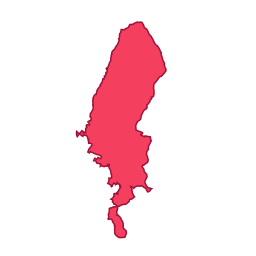 Sieut, Bistrita-Nasaud, Romania (Mercator projection), rotated 313°
{"feature_id": "2599482B95088717010880", "entity_name": "Sieut", "entity_type": "district", "adm_level": 2, "iso_a3": "ROU", "parent_name": "Romania", "parent_adm1": "Bistrita-Nasaud", "projection": "mercator", "projection_center": [24.659, 46.986], "detail": "fine", "context": "isolated", "style": "filled", "palette": "rose", "viewbox_px": 256, "rotation_deg": 313, "n_neighbors": 0, "source": "geoboundaries", "source_scale": "gbopen_adm2", "svg_char_len": 5707}
<svg xmlns="http://www.w3.org/2000/svg" viewBox="0 0 256 256"><g transform="rotate(313 128 128)"><path d="M188.1,117.0L190.3,117.2L191.5,117.0L192.3,117.2L193.3,117.0L195.6,116.8L196.1,116.4L197.2,115.2L197.5,113.6L197.9,112.9L198.8,112.1L198.9,111.5L200.0,110.8L200.5,110.0L200.6,109.6L200.6,109.1L201.3,107.4L203.3,104.2L203.8,103.3L204.1,102.3L204.6,101.7L205.5,101.5L207.7,95.5L208.1,93.7L207.9,92.2L207.9,90.8L208.3,89.4L210.1,84.8L210.9,82.0L211.1,79.0L211.9,77.5L212.6,75.8L212.7,75.0L213.1,74.2L213.0,73.4L212.7,72.4L212.7,71.2L214.0,69.0L214.7,66.2L214.2,65.1L212.7,64.0L211.9,62.6L208.7,61.1L208.4,61.0L207.3,61.1L206.5,60.1L205.7,59.6L204.9,58.7L202.2,59.6L201.0,59.4L198.3,58.3L197.5,58.4L196.3,57.4L196.2,56.7L195.4,55.8L192.8,57.6L191.3,57.6L189.6,58.8L189.4,59.2L189.0,59.7L188.4,59.8L187.6,60.4L186.8,60.3L186.6,60.6L186.4,61.5L186.1,61.8L185.2,62.0L183.4,62.9L180.5,63.6L179.8,63.5L176.5,64.4L174.2,64.2L173.2,64.3L171.5,65.1L170.9,66.0L169.9,66.0L169.4,66.6L167.8,67.5L165.3,69.5L163.5,69.8L162.7,70.1L162.2,70.6L161.3,70.8L157.5,72.3L157.4,71.5L156.4,71.7L156.1,73.4L155.7,73.9L154.0,74.6L153.8,74.2L153.3,74.6L152.9,74.3L151.9,75.7L150.0,75.3L149.9,76.2L149.0,76.0L147.6,77.0L147.0,76.1L145.7,76.8L143.8,77.8L142.7,77.9L142.7,78.1L141.7,78.1L140.5,78.3L140.5,78.9L135.9,79.3L134.1,79.8L133.6,80.3L132.5,80.8L131.0,81.8L130.6,81.2L128.8,81.1L125.9,82.0L125.5,83.1L124.4,83.2L121.6,86.1L121.7,86.3L120.9,87.1L120.6,86.8L120.0,87.8L119.4,88.3L119.2,88.9L117.5,89.6L115.1,90.4L112.8,90.7L111.2,92.1L110.7,92.1L110.2,93.1L110.3,94.3L108.0,95.8L107.4,95.0L105.2,94.4L104.6,97.2L104.0,97.8L103.8,97.8L103.7,97.4L103.3,97.1L102.4,95.7L101.3,95.8L100.5,96.9L100.5,97.4L98.7,97.4L96.9,99.2L95.9,99.3L95.6,100.4L94.3,99.2L94.1,98.5L94.0,98.3L94.8,98.0L94.7,96.1L91.2,96.3L90.5,96.1L90.5,92.8L88.7,94.1L87.3,96.2L87.1,96.8L90.7,96.4L90.8,99.5L91.1,100.7L92.2,100.1L94.2,102.8L94.0,103.4L93.9,104.2L93.2,105.7L92.7,105.8L92.8,106.3L92.6,106.7L92.6,107.3L92.2,107.2L91.5,107.6L91.2,108.7L90.8,108.8L90.9,109.3L90.5,109.2L90.0,109.7L90.7,110.3L91.1,111.0L91.7,112.3L91.0,113.4L85.8,113.8L84.6,114.4L83.0,115.0L83.5,116.9L85.0,116.5L87.2,122.9L88.7,125.5L89.0,128.2L87.9,128.8L86.8,128.9L86.0,126.1L84.6,126.6L83.8,126.4L83.4,124.5L82.9,124.3L80.6,125.2L81.8,126.5L81.9,126.9L81.7,127.9L81.1,128.5L81.0,129.3L82.1,130.6L82.3,131.2L82.2,131.7L82.3,131.9L83.0,132.6L82.8,132.8L83.0,133.2L81.8,133.9L81.1,133.7L80.9,133.9L81.7,134.1L82.5,134.6L82.7,135.6L83.0,135.9L83.3,136.7L83.5,137.0L84.7,137.4L85.7,138.2L85.5,138.5L86.1,138.9L86.5,139.6L86.9,139.6L87.3,139.4L87.6,138.6L87.6,138.2L88.3,138.4L88.4,139.4L88.2,139.7L87.6,139.6L86.8,140.2L85.9,141.4L85.1,144.1L84.6,144.6L83.9,145.7L83.0,146.8L81.9,148.7L81.5,149.1L80.0,150.0L78.7,148.8L78.4,148.2L76.4,150.0L74.7,150.8L73.6,151.0L73.7,151.4L74.0,151.5L74.2,152.1L74.2,153.0L74.7,154.8L74.3,155.0L74.2,155.2L73.9,155.2L73.9,156.1L75.0,156.1L75.9,155.5L77.6,155.2L78.3,155.4L78.3,155.6L78.0,157.6L78.6,157.8L80.8,157.2L80.5,158.1L80.0,158.4L80.2,158.9L80.9,159.3L80.8,159.8L81.0,160.0L80.9,160.5L80.2,161.2L80.8,161.7L80.8,161.8L80.5,162.1L79.9,161.9L79.5,162.3L79.2,162.3L79.3,162.8L79.5,163.1L76.8,163.4L75.6,164.0L74.6,163.8L74.0,164.0L73.1,163.9L73.0,164.6L73.2,165.2L72.6,165.7L72.0,164.3L71.1,163.0L70.5,162.5L69.9,162.8L69.3,163.9L69.0,164.3L68.1,164.1L67.0,164.7L64.3,164.1L64.9,165.8L64.8,166.1L64.2,166.8L63.6,166.8L63.4,167.1L63.4,167.4L63.0,169.3L62.8,169.4L62.7,169.7L63.0,170.2L63.8,171.0L63.4,172.1L63.4,173.0L61.7,172.5L61.0,171.6L59.9,171.1L59.6,170.7L58.2,170.4L57.5,169.6L56.4,169.2L55.7,170.0L55.1,170.3L53.3,171.9L51.5,172.4L49.9,174.5L47.8,175.5L48.2,176.5L49.1,176.8L49.8,177.7L50.0,178.1L50.0,178.7L49.3,180.0L49.2,180.7L48.7,181.4L48.5,182.8L48.2,183.1L48.2,183.8L47.3,184.9L47.4,185.2L47.1,185.2L47.2,185.4L47.0,185.9L45.8,186.4L45.2,187.2L44.6,187.4L43.6,188.7L41.7,190.4L41.3,192.6L41.6,195.6L42.4,197.0L45.9,200.2L49.9,198.7L51.5,196.8L51.5,193.6L51.7,192.7L55.2,189.2L57.4,183.2L57.5,179.6L56.9,179.2L57.2,179.1L57.5,178.9L58.6,177.2L59.4,176.6L60.0,176.5L61.9,175.4L63.8,173.9L64.7,174.7L64.7,174.9L66.2,175.3L68.6,176.5L69.4,177.0L70.2,178.0L70.5,178.3L72.6,178.7L73.3,178.7L74.2,179.0L76.0,178.5L76.7,178.0L77.6,178.3L77.9,178.7L78.4,179.1L79.9,179.5L81.2,179.5L82.0,179.8L83.4,175.5L84.1,174.8L85.0,173.4L85.9,172.9L86.5,171.1L87.1,169.9L87.5,170.7L87.5,171.0L87.8,171.4L87.9,171.8L88.0,172.4L87.8,173.4L89.2,173.3L91.1,173.9L93.1,175.5L93.3,176.1L93.7,176.5L94.9,177.1L95.4,179.3L95.5,180.8L96.1,181.9L95.2,184.0L94.7,186.0L95.2,186.4L97.0,186.9L98.5,186.5L99.8,186.7L98.2,183.6L97.9,182.8L98.1,182.1L98.4,181.5L98.4,180.6L99.5,177.7L100.0,176.9L105.3,175.2L106.8,173.4L106.9,172.8L107.1,170.0L107.5,169.1L108.3,168.3L108.8,167.3L109.2,164.9L110.5,164.1L111.0,164.3L111.5,164.8L114.1,165.2L115.0,165.6L116.6,165.6L117.4,165.3L118.7,164.2L120.7,161.0L121.4,159.4L123.8,157.8L126.5,157.4L127.3,156.5L128.7,155.4L131.7,154.6L133.8,153.9L134.6,153.8L134.9,152.8L135.4,152.0L136.8,150.5L134.9,147.6L134.3,146.4L133.8,145.9L133.5,146.1L133.2,145.9L132.9,146.1L132.7,145.1L132.2,144.4L131.8,142.8L131.7,142.1L132.1,141.7L133.2,142.5L134.1,142.4L134.3,142.2L134.3,140.9L133.4,138.8L132.8,137.8L132.6,137.2L132.6,136.8L132.0,135.2L134.1,133.1L134.5,132.3L136.7,131.3L139.8,130.6L141.8,131.2L143.0,131.2L146.5,129.1L150.5,127.9L152.0,127.7L153.5,127.9L154.4,128.3L154.6,127.8L155.8,128.1L156.4,127.7L156.5,127.4L157.8,126.0L158.2,126.3L159.0,126.3L162.2,126.1L162.7,125.4L163.8,125.1L164.5,125.3L165.7,125.2L166.7,124.7L166.6,124.2L167.7,124.8L168.6,125.0L170.6,123.9L173.0,121.5L174.2,120.0L177.1,117.4L177.8,117.1L184.2,116.6L185.9,116.3L187.5,116.4L188.1,117.0Z" fill="#f43f5e" stroke="#9f1239" stroke-width="1.5"/></g></svg>